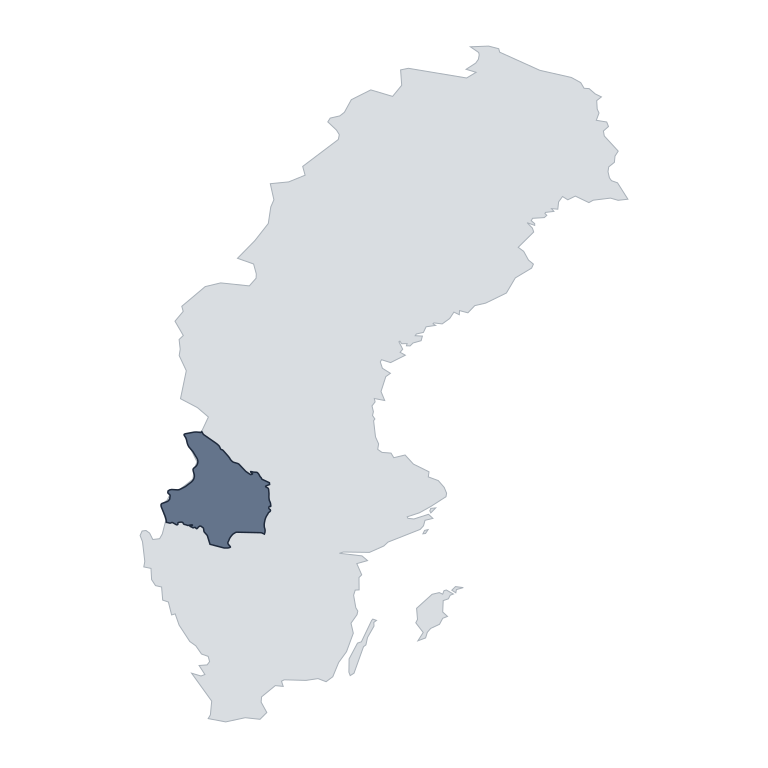 Värmland highlighted on a map of Sweden
{"feature_id": "SWE-188", "entity_name": "Värmland", "entity_type": "County", "adm_level": 1, "iso_a3": "SWE", "parent_name": "Sweden", "parent_adm1": "", "projection": "natural_earth1", "projection_center": [13.103, 59.9], "detail": "fine", "context": "in_parent", "style": "filled", "palette": "slate", "viewbox_px": 768, "rotation_deg": 0, "n_neighbors": 0, "source": "natural_earth", "source_scale": "10m", "svg_char_len": 6559}
<svg xmlns="http://www.w3.org/2000/svg" viewBox="0 0 768 768"><path d="M149.6,533.1L152.8,539.5L159.6,538.7L162.3,534.0L165.8,520.3L161.3,505.0L167.4,499.8L171.3,491.4L180.5,488.9L192.9,479.2L194.1,469.2L197.0,461.9L186.4,439.9L185.7,434.4L201.6,431.5L208.4,417.0L197.4,407.6L180.5,398.7L186.3,370.7L179.2,355.6L180.2,349.2L179.1,339.5L183.3,335.5L175.0,321.2L183.2,311.4L181.8,306.3L205.2,286.6L220.7,282.9L249.3,285.9L256.1,278.2L256.3,273.9L253.6,264.0L237.5,258.3L254.8,240.7L268.3,223.5L270.8,206.9L273.9,199.8L270.3,183.7L288.7,181.9L305.1,175.2L302.7,166.4L338.3,139.5L339.3,134.7L336.5,130.1L327.8,121.9L330.2,118.1L339.8,115.9L344.4,112.3L351.3,99.7L370.8,89.9L392.6,96.4L401.7,85.3L400.6,69.9L408.4,68.3L466.6,78.0L476.1,72.3L466.1,69.3L475.7,63.1L478.4,59.3L479.2,54.9L478.7,52.5L470.4,46.8L488.6,46.1L498.7,48.7L499.7,52.2L539.8,70.3L571.4,77.5L580.7,82.6L584.1,88.3L589.1,88.6L595.2,93.9L601.4,96.9L596.7,100.6L597.2,109.1L599.0,113.0L596.3,120.3L606.7,122.0L608.5,126.5L603.4,131.0L604.3,136.0L618.2,151.1L615.0,156.1L614.4,162.3L608.7,166.9L608.0,171.7L609.4,177.8L611.5,180.7L617.5,182.8L627.9,199.2L618.1,200.3L610.5,198.1L593.2,200.2L588.9,202.6L575.3,196.1L567.8,199.8L562.5,196.5L558.6,201.9L557.8,209.2L551.5,208.6L553.9,211.4L545.5,212.4L544.9,213.5L546.8,215.3L544.3,217.6L532.6,218.3L531.2,220.7L534.7,223.6L534.7,225.4L527.1,222.7L532.4,228.1L533.7,232.0L518.2,247.3L523.7,251.4L528.5,260.1L533.4,264.1L531.6,268.1L515.3,277.9L506.4,293.0L485.7,303.1L474.8,305.6L467.9,312.8L459.5,310.6L459.3,314.7L453.9,312.1L449.7,318.5L442.2,323.9L433.9,322.9L433.0,323.8L435.6,325.4L426.1,326.8L423.4,332.4L416.3,334.0L415.2,335.7L422.4,336.1L421.1,340.7L413.0,343.0L410.1,345.9L406.4,345.8L407.1,343.6L401.7,343.7L399.9,341.1L398.9,341.8L402.7,349.2L400.1,352.3L405.3,355.2L390.6,362.6L381.5,359.7L380.3,362.0L382.4,368.3L390.4,373.3L385.8,376.6L381.0,391.5L384.7,400.5L374.3,398.5L375.1,401.9L372.0,405.9L373.4,411.7L372.5,415.5L374.9,419.0L373.6,420.7L375.5,436.9L378.6,443.9L377.7,449.4L382.0,452.4L391.0,453.1L393.8,457.7L405.1,455.0L413.4,464.1L429.0,471.8L428.3,476.9L438.3,480.6L444.2,487.4L446.6,493.2L446.0,496.7L430.9,506.4L419.4,512.8L407.2,516.8L407.9,518.3L413.9,519.0L428.5,514.3L432.9,518.4L425.0,520.3L423.5,525.8L420.2,529.4L388.0,542.1L383.8,546.0L369.4,552.4L343.4,552.0L339.4,553.3L362.0,555.9L367.5,560.6L356.8,563.6L361.7,574.8L359.0,577.5L359.1,589.9L355.2,590.1L353.6,595.2L355.8,607.7L357.8,611.1L357.0,614.7L351.0,623.2L353.3,633.2L346.5,651.7L338.7,662.4L332.8,676.7L326.1,681.7L318.0,678.6L306.0,680.4L284.2,679.8L281.5,681.2L283.2,686.4L275.3,685.6L261.6,696.8L261.1,702.1L266.8,712.5L260.0,719.3L245.2,717.7L225.7,721.9L208.2,718.6L210.4,714.9L211.7,701.1L191.6,673.2L201.0,676.0L204.9,674.5L199.1,665.5L207.1,664.9L209.6,661.6L208.2,656.4L201.5,654.0L195.8,645.8L189.8,641.5L179.1,625.1L175.2,613.9L171.6,614.9L168.4,602.0L162.7,600.1L161.6,587.0L155.5,585.6L151.6,579.6L151.0,568.4L143.8,566.9L144.8,561.5L142.5,541.7L140.1,535.5L142.1,531.0L146.0,530.5L149.6,533.1ZM453.4,594.0L450.2,595.2L448.4,598.8L443.2,600.6L442.7,612.0L447.5,616.4L442.7,618.3L439.5,624.3L430.7,628.4L427.3,632.3L425.6,637.9L417.9,640.8L423.2,632.5L415.8,622.8L417.5,619.4L416.6,608.3L432.1,594.3L439.3,592.6L442.7,594.2L444.0,590.7L446.3,590.0L453.4,594.0ZM354.0,673.2L350.2,675.6L348.9,672.1L349.1,658.9L357.5,643.1L361.4,641.8L371.6,620.5L372.8,619.1L376.5,620.4L373.8,622.4L374.0,626.1L367.5,637.5L365.9,644.9L363.5,646.7L354.0,673.2ZM456.4,589.6L455.8,592.8L451.8,590.2L455.5,586.6L463.3,587.6L456.4,589.6ZM435.7,507.9L430.8,512.9L429.8,510.8L430.8,508.4L435.7,507.9ZM425.5,533.5L422.9,533.8L424.6,530.4L428.1,529.6L425.5,533.5Z" fill="#d9dde1" stroke="#a8b0b8" stroke-width="1"/><path d="M200.7,432.5L201.5,432.2L201.8,431.7L201.9,431.8L203.0,433.8L203.5,434.5L216.7,443.7L218.4,445.2L219.4,446.3L220.5,448.8L220.8,449.2L221.2,449.5L221.9,449.7L222.4,449.9L223.1,450.4L228.4,456.4L229.8,458.3L230.4,459.5L232.0,461.2L232.6,461.7L233.4,462.2L237.8,463.5L238.9,464.1L245.8,471.4L250.0,474.3L250.8,474.6L251.6,474.4L252.3,474.1L252.5,473.9L252.5,473.7L251.3,472.8L250.9,472.3L250.7,471.9L250.7,471.6L251.0,471.6L251.4,471.6L253.5,472.1L256.8,472.3L257.4,472.6L257.9,473.1L258.8,474.2L259.8,476.0L260.1,476.6L261.1,477.6L261.9,479.2L269.4,482.7L269.6,484.5L266.3,485.8L265.7,486.2L265.6,486.6L265.8,486.9L266.3,487.2L267.5,487.8L268.2,488.3L268.6,489.2L269.0,493.7L268.9,497.0L269.0,498.3L269.3,500.3L269.7,501.2L270.2,502.3L270.5,503.3L270.8,505.5L270.8,506.2L270.6,506.5L270.1,506.3L269.8,506.3L269.4,506.4L269.1,506.8L268.8,507.6L268.8,508.3L269.1,508.8L269.5,509.2L270.2,509.6L270.3,509.8L270.5,510.6L270.3,511.1L269.9,511.6L268.6,512.6L268.3,512.9L268.2,513.2L268.0,513.7L266.6,515.9L265.7,517.7L265.0,519.8L264.4,522.8L264.2,524.5L264.3,526.8L264.4,527.4L264.9,529.0L265.1,530.1L265.0,532.1L264.4,534.1L262.0,533.0L261.5,532.8L261.0,532.7L237.0,532.2L235.9,532.3L234.7,533.0L233.1,534.0L232.2,534.9L230.8,536.6L230.0,537.8L229.4,538.9L228.9,540.3L228.0,542.2L227.8,542.9L228.0,543.7L228.5,544.5L230.3,546.6L230.4,547.1L230.0,547.4L228.8,547.8L227.6,548.0L224.2,548.0L210.0,544.3L207.3,535.5L204.5,532.3L204.1,531.8L203.9,531.1L203.6,528.8L203.3,528.0L202.8,527.5L202.1,527.1L201.6,526.7L201.2,526.3L200.6,526.1L199.8,526.1L198.4,527.0L197.6,528.1L197.0,528.6L196.6,528.7L196.1,528.4L195.5,527.6L195.2,527.4L194.9,527.4L194.3,527.5L193.4,527.8L193.1,527.8L192.7,527.7L192.3,527.4L191.9,527.2L190.3,526.5L190.0,526.3L189.9,526.0L190.1,525.7L190.6,525.6L192.0,525.5L192.4,525.3L192.4,525.0L192.1,524.8L191.4,524.8L188.0,525.5L187.5,525.4L186.3,524.9L184.3,524.4L183.7,524.1L183.4,523.7L182.9,522.6L182.1,522.2L181.0,522.1L178.7,522.4L178.0,522.8L177.8,523.6L177.9,524.0L177.9,524.3L177.7,524.5L177.3,524.8L176.9,524.8L176.4,524.8L173.0,522.8L172.3,522.5L171.7,522.5L171.1,522.8L170.8,523.0L170.2,523.1L169.7,523.1L166.9,522.4L166.3,522.4L166.3,521.2L166.2,520.1L165.3,516.7L161.2,506.7L161.0,505.6L161.1,504.3L161.9,503.5L167.1,501.6L168.1,501.0L169.6,499.3L169.8,498.9L169.8,498.0L170.1,496.1L170.1,495.3L169.6,494.5L169.3,494.3L168.2,493.4L167.8,492.7L168.0,491.0L169.0,490.3L169.6,489.9L171.7,489.5L177.9,489.9L179.5,489.6L185.3,486.6L191.4,482.0L192.8,480.5L193.9,478.6L194.4,476.4L194.3,474.6L193.3,471.4L193.0,469.7L193.2,468.9L193.7,468.2L195.8,466.5L196.5,465.7L197.1,464.7L197.6,463.5L197.9,461.7L197.7,460.2L197.2,458.7L192.9,451.6L188.8,446.8L187.8,444.8L187.2,443.0L186.4,439.4L185.7,437.7L184.2,435.4L184.1,434.4L185.1,433.8L194.1,432.1L196.3,432.0L200.7,432.5Z" fill="#64748b" stroke="#1e293b" stroke-width="1.5"/></svg>